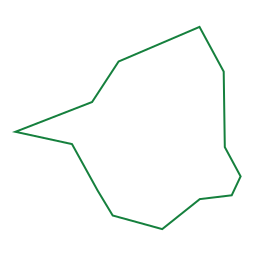 outline of Salem, Virginia, United States of America
{"feature_id": "52423323B60033050507603", "entity_name": "Salem", "entity_type": "district", "adm_level": 2, "iso_a3": "USA", "parent_name": "United States of America", "parent_adm1": "Virginia", "projection": "equal_earth", "projection_center": [-80.053, 37.288], "detail": "fine", "context": "isolated", "style": "outline", "palette": "green", "viewbox_px": 256, "rotation_deg": 0, "n_neighbors": 0, "source": "geoboundaries", "source_scale": "gbopen_adm2", "svg_char_len": 287}
<svg xmlns="http://www.w3.org/2000/svg" viewBox="0 0 256 256"><path d="M223.7,71.6L199.5,26.9L118.6,61.5L92.1,102.0L15.4,131.8L72.0,144.1L97.6,190.5L112.7,215.5L162.2,229.1L199.8,199.1L231.7,195.3L240.6,176.4L224.8,147.1L223.7,71.6Z" fill="none" stroke="#15803d" stroke-width="2"/></svg>